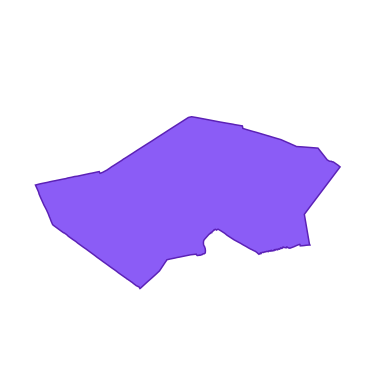 Tri Ton, An Giang, Vietnam, rotated 130°
{"feature_id": "81297802B61282348708206", "entity_name": "Tri Ton", "entity_type": "district", "adm_level": 2, "iso_a3": "VNM", "parent_name": "Vietnam", "parent_adm1": "An Giang", "projection": "equal_earth", "projection_center": [104.991, 10.41], "detail": "fine", "context": "isolated", "style": "filled", "palette": "violet", "viewbox_px": 384, "rotation_deg": 130, "n_neighbors": 0, "source": "geoboundaries", "source_scale": "gbopen_adm2", "svg_char_len": 5404}
<svg xmlns="http://www.w3.org/2000/svg" viewBox="0 0 384 384"><g transform="rotate(130 192 192)"><path d="M299.4,169.8L298.6,169.6L288.7,168.3L283.5,167.5L278.5,166.8L275.9,166.5L273.4,166.2L271.4,166.4L262.4,167.4L260.9,167.5L260.1,167.7L259.4,167.2L257.4,165.7L255.9,164.5L253.0,162.2L252.1,161.6L251.5,161.1L250.1,159.9L248.7,158.8L247.3,157.7L241.0,152.7L238.7,150.5L236.9,148.8L237.3,148.1L237.2,147.6L237.3,147.2L237.2,147.0L236.8,146.7L236.3,146.2L236.1,146.0L236.0,145.9L235.7,145.9L235.6,145.7L235.5,145.4L235.0,145.0L234.8,144.8L234.3,144.5L233.8,144.3L233.7,144.3L233.5,144.2L233.4,144.0L233.3,143.9L233.1,143.8L232.8,143.8L232.5,143.8L232.1,143.7L231.9,143.5L231.9,143.4L231.7,143.1L231.4,142.9L231.2,142.9L230.3,142.7L230.1,142.7L229.7,143.0L229.0,143.5L228.6,143.8L228.1,144.2L226.8,145.6L226.6,145.9L226.3,146.5L226.0,147.0L225.7,147.4L225.6,147.7L225.5,148.3L225.3,148.7L225.0,149.2L224.1,150.1L223.2,150.9L222.4,151.4L221.9,151.7L221.5,151.9L220.8,151.9L220.5,152.0L213.3,151.8L213.0,151.6L212.6,151.6L212.1,151.6L211.9,151.3L211.8,151.2L211.3,151.4L211.0,151.4L210.8,151.4L210.6,151.1L210.6,150.9L210.4,150.7L209.7,151.0L209.4,151.0L208.9,150.9L208.5,150.8L208.1,150.8L207.7,150.7L207.3,150.5L207.1,150.5L206.9,150.6L206.8,150.8L206.6,150.8L206.4,150.7L206.2,150.4L205.6,150.1L205.4,149.9L205.4,149.5L205.5,149.3L205.5,148.9L205.4,148.7L204.6,148.5L204.3,148.4L204.0,148.3L203.8,148.1L203.6,147.8L203.6,147.5L203.1,144.5L202.8,141.9L202.6,140.4L202.6,138.9L202.6,137.2L202.5,136.5L201.9,131.5L201.6,129.0L201.2,127.1L200.6,124.2L200.1,121.9L199.7,119.2L199.0,115.7L198.5,112.6L198.0,110.2L197.5,108.5L197.5,108.1L197.3,107.5L197.2,106.9L196.9,105.8L196.7,105.4L196.7,104.9L196.7,104.3L196.6,103.4L196.7,102.1L196.7,100.7L196.4,100.6L196.2,100.7L195.9,100.5L195.8,100.4L195.6,100.3L195.3,100.3L195.1,100.4L194.8,100.4L194.7,100.4L194.7,99.9L194.8,99.6L194.7,99.6L193.9,99.5L193.5,99.5L193.3,99.5L192.8,99.1L192.5,98.7L192.4,98.6L192.2,98.4L192.2,98.2L191.6,98.0L191.3,98.0L191.2,97.9L191.1,97.7L190.9,97.4L190.5,97.3L190.3,97.1L190.1,97.0L190.0,96.9L189.9,96.7L189.6,96.6L189.4,96.6L189.1,96.3L189.0,96.1L189.0,95.9L188.9,95.6L188.8,95.3L188.6,95.3L188.1,95.3L187.7,95.0L187.6,94.9L187.5,95.0L187.4,94.9L187.3,94.4L187.2,94.2L186.8,94.2L186.7,94.3L186.6,94.2L186.5,93.8L186.5,93.7L186.4,93.5L185.8,93.8L185.7,93.7L185.6,93.1L185.5,92.8L185.4,92.5L185.3,92.4L185.2,92.4L184.9,92.3L184.8,92.1L184.5,92.1L184.4,92.0L184.4,91.9L184.3,91.7L184.2,91.5L183.8,91.6L183.4,91.8L183.2,91.8L183.1,91.7L183.0,90.9L182.8,90.8L182.7,90.7L182.5,90.8L182.3,90.9L182.0,90.8L181.8,90.7L181.6,90.2L181.5,89.8L181.5,89.6L180.9,89.6L180.7,89.1L180.2,89.1L179.9,89.1L179.7,88.7L179.6,88.3L179.5,88.1L179.2,88.0L178.6,88.2L177.9,88.2L177.7,88.0L177.7,87.7L177.7,87.3L177.6,87.0L177.5,86.9L177.4,86.9L177.2,86.9L176.6,87.0L176.3,87.0L176.3,86.7L176.0,86.8L175.7,86.8L175.5,86.7L175.4,86.3L174.7,84.7L174.4,84.6L174.3,84.2L174.2,84.0L174.1,83.9L173.6,84.0L173.3,84.1L173.1,84.1L173.0,83.9L173.0,83.1L172.8,82.2L172.6,81.7L172.4,81.3L172.1,81.1L172.0,80.8L168.5,78.8L165.2,77.2L163.0,76.0L162.8,75.6L163.2,75.0L163.5,74.8L163.7,74.5L162.8,73.5L162.6,73.3L161.1,71.8L159.4,70.3L157.9,68.8L157.1,67.9L156.8,67.6L156.3,68.7L136.9,91.6L126.1,92.2L77.6,94.7L77.6,95.2L77.6,97.3L77.7,98.3L77.8,99.4L77.9,100.7L78.1,102.8L78.2,103.1L78.3,103.3L78.3,103.5L78.7,103.8L79.0,105.2L79.5,105.7L79.7,106.0L80.0,106.4L80.5,109.2L80.4,109.4L77.4,123.7L81.6,129.6L86.4,136.3L90.1,141.3L90.3,142.4L94.7,157.5L97.2,163.2L104.6,180.3L106.9,185.3L109.4,191.0L110.6,193.9L109.3,195.5L109.0,195.9L113.1,202.9L113.8,204.3L117.4,210.4L120.8,216.3L124.2,222.4L132.0,236.3L134.6,240.7L136.6,242.2L137.3,242.7L143.4,244.6L160.3,249.9L165.6,251.5L171.6,253.4L178.0,255.3L184.2,257.3L190.6,259.3L195.0,260.7L197.0,261.3L200.7,262.4L209.9,265.3L210.6,265.6L213.1,266.2L216.6,267.3L222.3,269.1L224.4,269.8L226.4,270.3L228.9,271.0L229.7,271.2L234.4,273.1L235.7,273.8L236.8,274.4L236.7,274.7L236.2,275.8L236.0,276.2L237.0,277.0L238.0,277.8L242.0,280.9L243.4,282.1L253.6,290.0L255.6,291.9L258.2,293.8L261.4,296.4L262.3,296.9L263.0,297.4L264.9,299.0L268.3,301.7L270.3,303.3L271.1,303.9L273.0,305.5L275.7,307.6L277.1,308.6L278.5,309.7L281.2,311.9L283.9,314.0L287.3,316.4L290.1,310.6L290.8,309.3L291.8,307.9L292.2,307.2L293.0,305.6L294.0,303.6L296.1,299.2L296.8,297.8L296.9,297.5L297.1,297.2L298.1,294.7L298.8,293.0L299.4,291.6L300.1,290.2L301.0,288.3L302.1,286.3L302.8,285.1L303.4,283.8L304.1,282.6L305.1,280.8L305.6,279.8L306.6,277.7L306.6,276.8L306.6,276.2L306.5,274.9L306.4,273.3L306.1,268.4L305.8,264.3L305.8,264.1L305.7,263.9L305.5,263.7L305.4,263.5L305.4,262.8L305.4,262.3L305.2,260.9L305.3,259.4L305.4,258.5L305.4,258.3L305.3,256.9L305.0,252.9L304.6,249.2L304.6,246.6L304.1,239.6L303.8,236.6L303.6,233.4L303.4,230.3L303.2,227.2L303.1,225.5L303.0,222.2L302.9,221.4L302.7,218.7L302.5,215.3L302.3,212.9L301.8,205.7L301.6,203.3L301.5,202.5L301.5,202.3L301.4,201.2L301.3,200.0L301.2,197.7L301.2,196.5L301.0,194.2L300.9,193.0L300.6,189.4L300.6,188.9L300.5,188.6L300.5,188.2L300.4,187.7L300.4,187.2L300.4,186.5L300.4,186.3L300.4,186.0L300.2,185.1L300.1,184.1L300.1,183.8L299.9,182.1L299.9,181.3L299.8,180.5L299.8,180.2L299.7,179.8L299.7,178.7L299.8,178.3L299.7,177.7L299.7,176.6L299.6,175.8L299.6,175.4L299.6,174.6L299.4,173.8L299.2,173.2L299.2,172.9L298.9,172.3L298.7,172.0L299.4,169.8Z" fill="#8b5cf6" stroke="#5b21b6" stroke-width="1.5"/></g></svg>